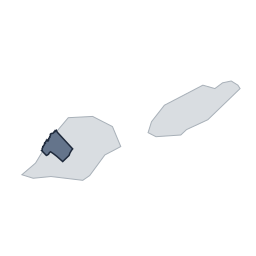 Gagaifomauga III, Gaga'ifomauga, Samoa shown in context, rotated 316°
{"feature_id": "51752279B86884772728329", "entity_name": "Gagaifomauga III", "entity_type": "district", "adm_level": 2, "iso_a3": "WSM", "parent_name": "Samoa", "parent_adm1": "Gaga'ifomauga", "projection": "albers", "projection_center": [-172.519, -13.545], "detail": "fine", "context": "in_parent", "style": "filled", "palette": "slate", "viewbox_px": 256, "rotation_deg": 316, "n_neighbors": 0, "source": "geoboundaries", "source_scale": "gbopen_adm2", "svg_char_len": 2351}
<svg xmlns="http://www.w3.org/2000/svg" viewBox="0 0 256 256"><g transform="rotate(316 128 128)"><path d="M92.2,79.1L110.6,95.1L117.8,116.2L109.9,136.3L92.6,131.3L67.4,135.6L59.1,134.2L38.9,109.4L24.9,98.3L19.2,87.9L37.1,89.0L63.1,82.1L92.2,79.1ZM236.0,177.5L191.2,177.5L169.0,169.8L161.1,169.7L142.1,153.7L139.2,145.3L149.3,139.8L170.0,136.9L211.6,149.2L217.9,160.0L227.4,161.2L234.9,165.9L236.8,173.5L236.0,177.5Z" fill="#d9dde1" stroke="#a8b0b8" stroke-width="1"/><path d="M74.9,79.7L74.5,79.6L74.3,79.6L74.1,79.6L73.9,79.6L73.6,79.8L73.4,79.9L73.2,79.9L73.2,79.7L73.1,79.8L73.0,79.7L72.9,79.7L72.7,79.7L72.6,79.4L72.4,79.3L72.2,79.4L71.9,79.5L71.7,79.7L71.4,79.7L71.1,79.7L70.8,79.7L70.7,79.7L70.4,79.6L70.2,79.6L70.1,79.4L69.9,79.3L69.7,79.2L69.4,79.0L69.3,78.9L69.2,78.9L69.1,78.7L68.9,78.6L68.7,78.6L68.4,78.6L68.2,78.5L67.9,78.5L67.7,78.6L67.6,78.8L67.4,78.9L67.4,79.0L67.2,79.3L67.0,79.5L66.9,79.6L66.6,79.7L66.4,79.7L66.2,79.7L65.8,79.7L65.7,79.8L65.5,80.0L65.4,80.2L65.4,80.3L65.2,80.3L64.9,80.4L64.7,80.4L64.4,80.4L64.2,80.4L63.9,80.4L63.9,80.5L63.7,80.5L63.3,80.9L63.1,81.0L62.9,81.1L62.7,81.2L62.4,81.2L62.2,81.1L62.0,80.9L61.9,80.9L61.9,81.0L61.8,80.9L61.8,81.0L61.6,80.9L61.6,81.0L61.6,80.9L61.5,81.0L61.5,80.9L61.4,80.9L61.3,81.0L61.3,80.9L61.2,81.0L61.1,80.9L61.1,81.0L61.0,80.9L60.9,80.9L60.7,80.8L60.5,80.7L60.4,80.7L60.2,80.6L59.9,80.5L59.7,80.5L59.4,80.6L59.2,80.7L59.0,80.8L58.9,80.8L58.7,80.8L58.4,80.8L58.2,80.8L57.9,80.8L57.7,80.9L57.7,81.0L57.6,80.9L57.5,81.0L57.4,81.0L57.2,81.2L57.2,81.3L56.9,81.4L56.9,81.5L56.7,81.5L56.4,81.7L56.4,81.8L56.2,81.9L56.0,82.0L55.9,82.0L55.7,82.0L55.3,82.0L55.1,82.1L54.9,82.2L54.7,82.2L54.4,82.3L54.2,82.3L53.9,82.5L53.7,82.6L53.4,82.7L53.3,82.8L53.2,82.8L53.2,82.7L53.1,82.8L52.9,82.9L52.7,82.9L52.6,83.0L52.4,83.0L52.2,83.1L51.9,83.2L51.8,83.3L51.7,83.4L51.6,83.5L51.4,83.7L51.4,83.8L51.2,84.0L50.8,84.2L50.8,84.3L50.7,84.3L50.4,84.4L50.2,84.3L50.2,90.8L50.3,90.8L50.4,91.0L50.5,91.2L50.7,91.3L50.8,91.3L51.0,91.3L51.3,91.4L51.5,91.4L51.7,91.5L51.8,91.5L52.2,91.6L52.3,91.6L52.8,91.6L53.0,91.6L53.3,91.4L53.5,91.4L54.0,91.2L54.6,91.2L55.1,91.2L55.3,91.2L55.6,91.3L55.8,91.3L56.5,94.7L57.1,98.9L57.7,106.8L58.9,106.8L60.5,106.8L62.5,106.8L64.9,106.8L65.5,106.8L66.5,106.8L69.0,105.6L71.9,104.8L73.7,104.6L74.2,81.9L74.9,79.7Z" fill="#64748b" stroke="#1e293b" stroke-width="1.5"/></g></svg>